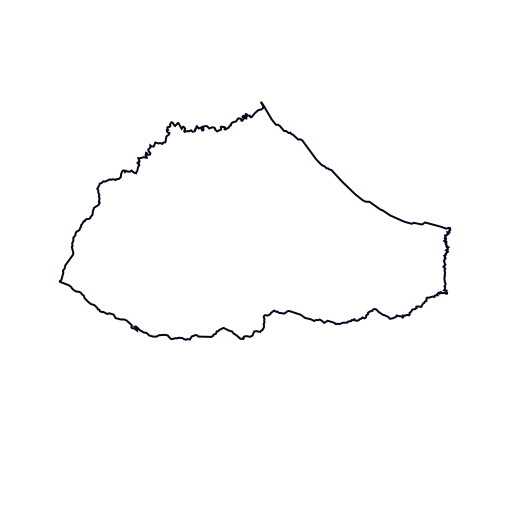 outline of Dibulla, La Guajira, Colombia, rotated 45°
{"feature_id": "7082276B97252339631603", "entity_name": "Dibulla", "entity_type": "district", "adm_level": 2, "iso_a3": "COL", "parent_name": "Colombia", "parent_adm1": "La Guajira", "projection": "albers", "projection_center": [-73.512, 11.083], "detail": "fine", "context": "isolated", "style": "outline", "palette": "ink", "viewbox_px": 512, "rotation_deg": 45, "n_neighbors": 0, "source": "geoboundaries", "source_scale": "gbopen_adm2", "svg_char_len": 6152}
<svg xmlns="http://www.w3.org/2000/svg" viewBox="0 0 512 512"><g transform="rotate(45 256 256)"><path d="M268.3,361.8L267.5,358.3L269.1,354.8L269.9,354.0L272.5,353.5L281.7,344.7L282.1,342.8L281.6,341.9L282.6,339.4L281.6,337.1L282.3,336.2L282.4,334.0L283.9,329.8L289.8,327.8L292.8,326.2L294.6,326.7L298.7,325.8L303.5,325.6L305.7,323.6L305.6,323.0L304.7,322.6L304.8,320.8L306.3,319.1L309.0,317.3L309.8,314.8L308.1,310.7L309.5,308.8L312.7,306.7L312.5,304.9L312.9,303.8L312.1,301.0L310.9,299.5L309.7,298.9L308.9,296.9L307.5,296.0L306.6,294.6L304.7,293.8L304.0,292.5L304.3,291.4L306.2,290.1L307.0,288.1L307.3,287.1L306.8,285.9L307.4,281.8L309.8,281.1L310.4,280.2L312.4,280.0L316.8,276.6L317.4,272.6L318.2,271.5L329.2,265.9L334.3,265.2L339.9,261.8L343.1,260.8L343.6,259.0L345.4,257.3L345.8,256.1L348.3,255.2L351.5,255.1L352.5,251.1L357.5,248.4L359.2,247.7L360.1,247.9L361.1,247.2L361.5,246.2L363.1,245.3L364.7,241.7L367.6,238.6L367.4,237.7L368.1,236.2L368.8,235.6L369.3,234.5L369.0,233.7L370.0,232.7L370.0,231.5L370.4,231.1L371.6,231.5L373.3,230.2L374.1,228.9L373.9,227.8L374.8,225.6L374.8,224.1L375.9,223.9L377.0,223.1L377.1,221.5L376.0,220.1L376.3,217.8L375.5,217.3L375.4,216.3L376.4,213.0L377.1,212.4L376.7,211.3L377.1,209.9L377.9,209.2L379.4,208.7L381.8,208.9L387.5,207.8L388.7,207.0L392.6,205.6L395.1,205.7L396.6,203.6L398.0,200.1L397.6,198.4L399.2,197.8L401.2,196.0L403.3,195.7L403.3,195.1L402.1,194.0L403.5,192.9L404.4,190.9L406.2,189.6L406.1,188.8L404.8,187.6L405.1,185.8L404.4,183.3L405.9,181.3L406.4,179.4L405.3,178.8L405.3,178.3L406.0,177.3L408.8,175.1L407.7,171.5L408.1,170.5L407.7,168.7L408.3,167.2L406.5,165.3L406.6,164.2L407.6,163.5L409.7,159.6L411.1,158.9L410.5,157.3L412.1,155.4L411.2,155.2L411.1,153.0L412.5,152.8L412.5,152.4L411.7,152.0L412.3,150.9L413.1,151.3L415.7,148.7L417.6,147.9L417.7,147.5L417.4,147.0L415.5,146.5L415.2,145.8L413.3,147.3L413.2,146.2L411.8,144.3L410.7,144.2L410.4,142.7L409.5,141.4L408.5,141.2L405.1,138.7L404.6,137.7L403.9,137.4L403.4,136.0L402.7,135.9L401.2,133.8L399.4,132.8L398.9,131.2L396.2,131.1L396.1,129.8L397.2,129.6L396.0,129.2L395.9,128.1L395.1,128.1L393.5,127.0L392.4,126.8L391.6,123.6L390.7,123.8L390.2,122.8L389.0,122.7L389.3,121.8L388.8,121.2L389.3,120.7L388.5,119.7L388.7,118.3L387.6,117.8L387.7,117.4L388.6,117.5L388.6,117.1L387.3,116.9L386.4,117.3L386.8,115.6L385.7,114.8L385.8,114.1L385.0,114.6L384.7,114.0L383.9,114.5L383.3,113.7L382.0,113.6L381.8,112.7L381.0,112.7L380.7,111.4L380.2,111.5L379.8,112.4L378.6,112.3L379.2,111.3L378.7,110.2L377.1,110.3L376.9,109.9L377.6,109.1L375.2,107.9L376.2,106.6L375.7,105.9L376.3,104.7L375.1,104.1L375.9,103.9L375.2,103.3L375.9,102.6L375.0,102.2L375.1,100.8L374.3,100.5L374.4,99.6L373.5,99.1L372.4,99.8L371.2,102.1L365.8,104.7L352.1,112.6L351.7,113.1L351.4,115.7L350.5,116.8L344.3,120.8L343.3,123.1L336.9,126.8L322.3,132.4L312.4,134.4L312.1,135.0L297.8,137.5L295.3,140.0L292.0,141.1L282.7,142.2L264.4,142.5L248.7,141.9L246.4,143.0L244.9,143.2L244.1,144.0L240.7,144.2L239.4,144.9L237.0,145.3L229.6,145.0L206.8,141.5L204.4,142.5L203.6,143.8L196.2,144.1L195.1,144.7L193.0,144.6L192.7,145.4L192.0,146.0L188.8,146.4L187.6,147.7L180.5,147.2L178.6,147.8L177.2,149.2L170.1,148.2L154.2,144.1L151.4,143.6L150.5,143.8L154.9,144.8L156.4,146.6L156.3,148.2L154.5,151.3L154.2,156.1L154.7,160.9L154.1,161.7L152.2,161.2L150.9,162.8L149.3,162.4L148.5,162.8L149.0,164.1L150.9,164.5L151.9,165.6L151.0,166.3L148.0,165.9L147.9,166.9L150.2,167.9L150.7,170.1L150.1,170.6L148.1,169.7L146.1,171.2L146.7,174.9L144.9,178.4L145.0,180.7L145.9,181.4L145.4,183.0L146.0,184.3L144.8,188.4L144.0,188.5L143.6,187.2L143.0,187.0L140.1,189.0L140.0,189.7L141.9,191.3L140.3,195.4L137.7,195.5L136.8,194.7L136.0,194.7L134.1,195.8L132.7,198.9L129.8,198.8L128.3,199.9L127.0,202.2L129.5,203.7L129.8,204.5L129.4,205.1L128.4,205.1L126.5,203.6L125.3,206.3L122.5,206.0L122.6,207.1L123.6,208.3L123.4,209.6L124.3,210.4L124.4,211.2L123.3,213.0L121.2,213.1L120.5,215.1L118.8,216.6L117.7,218.7L117.0,218.5L115.8,216.0L113.5,215.8L113.0,216.2L113.5,218.6L107.0,216.9L106.7,217.4L106.9,221.3L105.6,221.4L102.8,220.6L101.6,221.3L102.3,224.0L103.4,224.6L103.7,225.2L103.5,225.9L102.5,227.0L102.4,227.7L103.7,228.8L104.6,229.0L103.9,230.0L104.7,230.7L105.9,231.0L107.8,230.3L108.5,232.1L108.1,234.8L111.5,239.6L110.3,241.5L110.4,243.1L108.4,243.8L107.5,245.3L104.6,247.0L106.3,250.9L104.7,252.3L103.1,252.5L104.6,254.1L104.5,256.8L105.5,257.7L108.6,258.0L109.3,259.2L108.1,260.9L106.3,260.5L105.3,260.8L106.9,263.0L108.8,263.3L109.3,263.8L106.6,265.7L105.1,268.5L103.6,270.1L106.8,271.5L107.0,272.4L106.2,273.5L106.7,274.2L108.5,273.8L109.2,274.2L109.7,276.4L112.0,280.0L112.1,281.2L112.7,282.3L110.8,283.3L107.6,283.6L107.3,285.5L105.3,287.3L103.9,287.6L103.9,289.3L102.5,288.7L101.7,289.3L101.5,290.6L102.5,293.1L104.7,296.0L104.5,298.6L103.1,300.2L103.0,301.6L101.8,302.0L100.2,303.3L99.6,304.6L98.5,305.2L96.7,310.1L95.3,311.1L95.2,313.6L94.3,315.2L95.1,316.5L96.3,320.8L97.8,320.9L99.7,322.7L102.1,323.6L102.7,325.0L104.7,325.9L106.7,329.0L107.5,329.3L107.8,329.0L108.2,329.6L108.5,331.7L107.4,336.4L109.0,339.7L111.5,342.9L111.3,344.2L111.6,346.2L112.0,346.4L111.8,347.7L110.2,349.7L109.8,351.1L110.3,352.4L109.6,353.6L110.4,355.8L110.5,357.8L111.7,358.9L111.6,359.7L112.7,362.3L112.5,364.4L111.9,365.4L112.3,367.2L113.7,369.4L113.9,372.1L116.1,374.5L117.1,377.1L119.3,378.8L119.3,379.8L124.9,383.2L125.7,384.3L127.8,397.4L129.6,400.2L129.8,402.8L131.6,404.1L135.3,410.5L135.1,412.5L135.6,412.9L144.4,409.0L147.3,408.6L148.4,409.0L151.0,409.0L153.9,408.3L156.4,406.3L158.5,405.8L160.0,406.2L162.3,405.8L164.6,407.0L169.5,407.1L173.2,406.7L176.5,405.0L181.1,405.0L181.9,405.5L183.3,404.8L184.8,405.5L187.3,404.1L187.5,403.6L191.9,402.1L192.6,400.4L196.7,398.1L200.6,399.2L205.1,396.6L207.6,394.2L210.0,393.1L216.7,392.8L217.6,393.1L218.2,394.5L219.1,394.7L221.7,393.2L224.6,392.8L223.8,392.1L220.2,391.7L220.8,390.9L221.9,390.6L226.3,390.6L230.8,389.4L232.9,387.8L236.7,387.7L240.1,385.8L242.6,383.5L243.5,380.5L247.4,376.1L249.7,374.6L253.5,374.9L255.0,374.6L257.4,370.8L258.5,370.0L259.2,368.4L261.7,366.3L264.8,365.3L265.8,364.6L266.1,363.4L268.3,361.8Z" fill="none" stroke="#020617" stroke-width="2"/></g></svg>